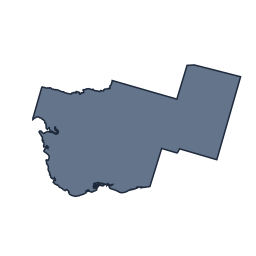 the district of Port Pirie, South Australia, Australia, rotated 286°
{"feature_id": "25037944B53650156153507", "entity_name": "Port Pirie", "entity_type": "district", "adm_level": 2, "iso_a3": "AUS", "parent_name": "Australia", "parent_adm1": "South Australia", "projection": "equal_earth", "projection_center": [137.965, -33.365], "detail": "fine", "context": "isolated", "style": "filled", "palette": "slate", "viewbox_px": 256, "rotation_deg": 286, "n_neighbors": 0, "source": "geoboundaries", "source_scale": "gbopen_adm2", "svg_char_len": 5541}
<svg xmlns="http://www.w3.org/2000/svg" viewBox="0 0 256 256"><g transform="rotate(286 128 128)"><path d="M122.0,222.1L208.3,222.1L206.9,174.4L204.5,167.5L169.2,167.0L169.3,99.7L167.9,99.9L164.6,99.8L163.6,99.0L161.8,99.6L161.9,99.4L161.5,99.2L160.6,99.1L160.4,98.7L160.6,98.0L160.1,97.7L159.9,97.1L159.5,96.9L159.1,95.0L157.9,94.1L157.3,94.5L156.9,94.2L156.5,92.8L156.7,91.7L155.2,91.0L155.5,90.4L155.0,89.3L155.3,88.7L155.0,88.2L155.1,87.7L154.7,85.4L155.6,83.9L155.6,83.5L154.8,83.0L155.0,81.8L155.0,80.3L154.9,79.0L154.3,78.0L154.3,77.5L153.9,77.2L153.7,76.7L153.0,76.1L152.5,74.4L151.6,74.5L151.3,75.1L150.0,75.8L149.5,75.0L149.1,74.7L149.2,73.7L147.4,72.9L147.2,72.6L147.3,72.1L147.9,71.7L148.2,71.4L148.6,71.7L148.8,71.4L148.6,71.2L148.9,70.2L148.7,69.6L149.0,68.5L148.5,68.0L147.6,68.3L147.5,67.9L147.2,67.7L147.4,66.9L147.1,65.7L146.4,65.2L146.0,64.3L145.2,64.3L145.0,63.3L144.6,62.5L144.6,60.5L144.5,60.1L144.6,59.1L144.5,57.8L144.6,57.0L145.1,56.1L144.6,54.5L144.8,53.8L144.9,51.7L145.2,50.7L145.2,49.1L145.0,48.7L145.0,47.7L144.5,46.9L144.5,46.5L144.8,45.8L144.5,44.4L144.7,43.4L145.3,42.7L145.1,42.0L144.8,41.8L145.0,41.3L144.6,41.0L144.5,39.8L143.8,38.6L144.0,36.3L143.6,34.7L143.8,34.3L143.5,33.9L110.9,33.9L109.9,34.2L112.1,35.7L112.5,36.5L113.4,36.9L113.6,37.3L113.9,39.0L113.5,40.6L113.6,41.4L113.4,42.3L112.8,43.0L112.7,44.1L112.0,45.4L111.2,46.2L110.0,46.7L109.9,47.2L109.7,47.2L109.6,47.6L108.7,48.3L107.4,48.6L107.2,49.1L105.6,49.2L104.7,50.1L104.6,50.9L105.0,50.9L105.8,51.7L106.6,51.9L106.7,52.3L105.8,52.4L104.0,53.8L103.8,54.6L104.0,54.9L104.0,55.6L103.8,55.2L103.7,56.5L103.5,57.8L103.0,58.8L103.2,59.6L102.8,60.3L102.9,60.6L103.2,60.9L103.0,60.3L103.2,60.2L104.2,61.2L104.8,61.2L105.3,60.7L105.8,59.0L106.5,58.0L107.7,57.5L108.9,57.5L108.9,58.1L107.9,58.1L107.3,58.9L107.2,59.3L106.6,60.4L106.6,60.9L105.9,61.7L105.6,61.7L105.6,62.0L104.3,62.2L103.4,62.0L102.6,61.2L102.2,60.6L102.1,60.1L102.9,57.0L102.9,55.8L102.7,55.6L102.7,54.8L102.5,54.7L102.6,51.8L101.2,50.1L100.7,49.9L100.5,49.3L99.7,48.8L99.4,48.3L100.0,47.2L100.0,46.7L100.2,46.1L100.9,45.9L101.0,44.5L100.9,44.2L100.4,43.6L99.3,43.8L97.3,46.2L96.3,47.1L95.7,48.3L94.3,48.5L93.7,48.8L92.8,48.8L92.5,49.1L92.6,49.7L92.1,49.3L91.9,49.5L91.1,50.1L90.6,51.2L90.0,51.6L89.5,51.7L87.8,51.7L86.6,52.2L86.6,52.7L87.1,53.3L87.8,55.0L88.0,55.1L89.1,54.3L88.7,54.8L87.9,55.4L87.7,56.9L87.1,57.0L87.5,56.8L87.6,56.3L86.9,56.5L87.5,55.9L87.1,55.4L86.9,56.1L86.3,56.4L86.6,55.7L86.5,55.2L85.7,54.3L84.6,53.7L83.8,53.8L82.7,53.4L82.0,54.4L81.5,56.2L80.6,58.1L79.8,59.4L78.8,60.0L77.7,60.4L75.1,60.3L74.8,59.6L75.1,58.9L75.0,58.5L74.7,58.2L74.0,58.2L73.3,59.0L72.2,59.2L70.9,59.9L70.0,61.4L69.1,61.9L68.7,61.9L68.1,62.4L66.4,62.5L65.1,63.3L63.5,64.8L62.2,65.5L61.4,65.6L61.5,66.1L60.8,66.7L59.3,67.4L58.8,68.0L58.4,69.4L58.4,70.1L58.7,70.6L59.0,70.4L58.9,71.3L59.3,71.3L59.0,71.5L59.1,72.0L57.5,72.8L57.3,72.5L57.3,71.6L56.9,71.1L55.0,71.1L54.8,72.1L54.1,72.9L53.8,74.7L54.0,75.4L53.5,75.7L53.6,76.3L53.2,77.3L52.2,78.3L51.9,80.7L51.5,81.9L51.0,82.5L50.5,84.7L50.6,85.1L51.5,85.4L52.0,86.0L51.3,87.0L51.2,87.9L50.5,88.7L50.0,88.9L50.2,88.6L49.9,88.6L48.7,89.6L48.1,90.5L47.7,92.4L47.7,95.4L47.8,96.2L49.5,99.8L50.2,100.5L52.2,103.6L54.2,105.5L54.8,105.6L54.4,105.4L54.6,105.4L55.5,105.9L56.4,107.5L56.6,107.5L56.7,107.2L56.1,106.5L56.9,106.3L56.2,105.9L56.3,106.3L55.8,106.1L55.8,105.8L56.3,105.6L55.5,104.9L56.1,105.1L56.9,106.3L57.3,107.2L57.3,107.7L56.9,107.9L56.5,108.6L56.3,110.5L56.5,111.2L57.7,112.4L58.8,114.0L60.0,115.0L60.5,114.8L61.5,115.0L61.3,114.9L61.3,114.7L60.6,114.3L62.5,114.9L62.4,114.4L61.2,114.2L61.4,113.9L60.8,114.0L61.4,113.6L61.3,113.3L62.0,113.4L62.2,113.5L62.7,114.5L62.7,115.1L63.8,115.7L64.7,115.5L64.1,115.4L64.5,115.1L63.3,114.8L62.8,114.3L62.3,113.0L63.0,113.2L63.0,112.7L60.7,112.1L60.8,111.6L61.3,111.5L61.4,111.1L61.9,110.8L62.1,111.6L62.3,112.0L62.2,111.2L62.5,110.9L64.1,111.9L64.2,112.6L63.1,112.7L63.9,113.0L64.0,113.7L64.9,114.9L65.0,115.6L65.2,115.2L66.1,115.4L66.0,115.1L65.5,114.9L66.2,114.7L65.8,114.6L65.8,114.3L65.1,114.4L64.8,114.2L64.9,113.4L65.3,112.8L65.2,112.6L65.0,112.9L64.6,111.9L64.7,111.4L63.8,111.0L63.9,110.8L64.9,110.4L65.6,111.1L66.8,112.9L67.1,114.0L67.2,116.1L67.7,117.4L67.8,118.5L67.7,119.2L67.8,122.0L67.7,122.2L67.5,121.9L67.4,122.4L67.8,122.8L68.0,123.4L67.4,123.5L67.9,123.7L68.9,123.6L69.5,124.1L68.9,123.7L68.1,123.8L68.5,124.0L68.7,124.7L68.5,125.2L68.5,125.8L68.2,126.2L67.9,125.8L68.3,124.6L68.1,124.7L67.6,125.2L67.8,124.8L67.8,124.0L67.5,124.3L67.2,125.4L68.2,127.1L68.3,127.8L68.9,128.2L68.9,127.7L69.0,127.7L69.4,128.7L68.9,128.4L68.8,128.5L68.1,128.0L68.0,127.2L67.7,126.3L67.3,126.0L66.5,126.0L66.0,126.4L65.6,127.3L65.9,126.5L65.5,126.7L65.2,127.1L64.9,128.1L64.8,132.4L64.3,136.1L63.9,137.3L63.9,139.4L64.7,141.4L65.8,143.3L67.0,144.8L68.1,145.7L69.9,148.8L69.6,148.2L69.8,148.0L70.0,149.2L70.6,150.2L70.1,149.2L70.2,148.9L71.2,150.5L71.2,150.9L70.8,150.3L71.6,151.8L72.1,152.2L73.2,153.9L73.6,153.9L73.4,153.5L73.6,153.5L73.0,152.2L73.7,153.0L74.4,154.6L74.4,155.6L74.8,156.7L74.5,156.5L74.6,157.1L74.3,157.2L74.7,157.4L74.8,158.2L75.1,158.2L75.0,158.8L75.6,160.5L76.8,162.8L77.0,163.8L77.6,164.6L77.8,165.2L117.6,166.0L117.5,182.0L118.7,182.6L122.2,183.3L122.0,222.1ZM66.3,117.1L66.5,116.9L65.7,116.8L65.4,117.3L65.2,118.4L65.3,119.3L65.6,120.1L66.2,120.6L67.0,120.9L67.1,120.6L66.8,120.5L66.6,120.1L66.7,119.7L66.1,119.1L65.8,118.5L66.3,117.1ZM64.9,116.1L65.2,116.3L65.2,116.7L65.6,116.6L65.0,116.2L65.0,115.8L64.9,116.1Z" fill="#64748b" stroke="#1e293b" stroke-width="1.5"/></g></svg>